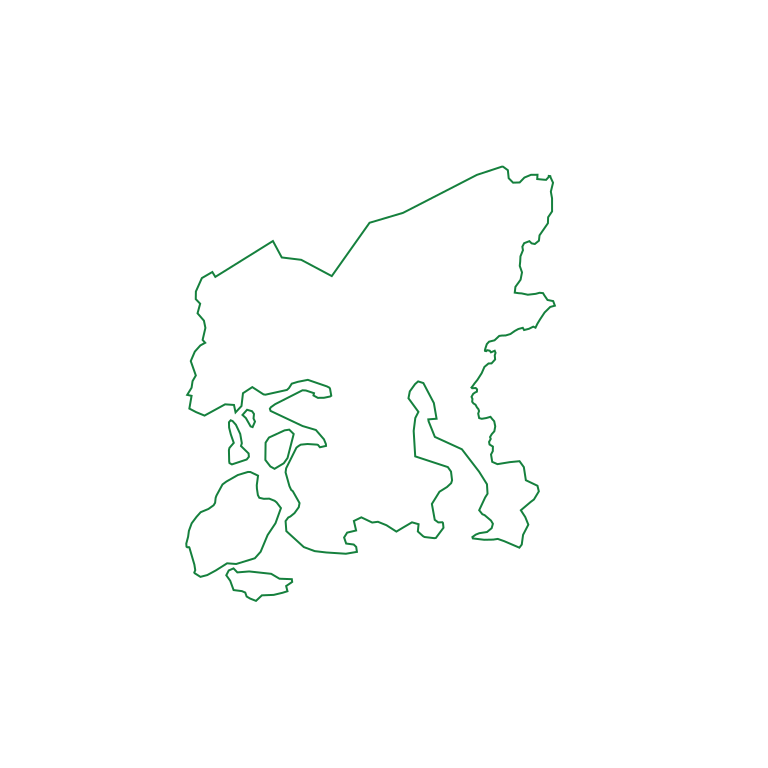 the district of Wrangell, Alaska, United States of America, rotated 309°
{"feature_id": "52423323B13000193718373", "entity_name": "Wrangell", "entity_type": "district", "adm_level": 2, "iso_a3": "USA", "parent_name": "United States of America", "parent_adm1": "Alaska", "projection": "robinson", "projection_center": [-132.186, 56.269], "detail": "fine", "context": "isolated", "style": "outline", "palette": "green", "viewbox_px": 768, "rotation_deg": 309, "n_neighbors": 0, "source": "geoboundaries", "source_scale": "gbopen_adm2", "svg_char_len": 4863}
<svg xmlns="http://www.w3.org/2000/svg" viewBox="0 0 768 768"><g transform="rotate(309 384 384)"><path d="M251.7,237.9L253.7,241.9L242.4,248.2L243.9,255.7L246.5,264.4L268.2,273.3L273.3,280.6L268.5,286.5L277.2,287.1L288.1,280.2L298.7,283.6L300.1,296.9L301.1,298.6L318.3,312.3L321.0,312.7L326.2,312.1L331.5,315.7L339.3,322.2L346.2,341.1L346.8,343.9L346.3,345.1L341.7,350.4L340.4,350.0L335.6,346.1L331.6,341.3L330.7,336.4L332.8,335.4L329.8,327.4L327.8,324.6L299.8,312.1L294.7,310.7L292.9,310.9L291.7,312.8L300.1,347.2L305.4,360.0L303.2,372.2L300.7,376.7L299.4,377.9L294.5,374.0L295.1,371.1L294.8,370.2L289.2,362.3L284.5,357.5L282.0,356.6L279.4,356.0L256.9,361.0L253.4,363.1L245.1,374.8L243.3,378.5L243.3,380.6L238.3,393.3L234.6,395.3L227.3,395.7L222.1,394.6L220.0,393.6L215.5,393.8L208.2,400.7L206.8,424.3L210.5,435.3L216.7,445.1L228.1,461.2L236.5,468.6L239.9,464.9L240.2,461.5L236.2,455.0L239.6,449.6L245.3,448.9L252.6,454.5L258.6,446.8L266.1,450.3L268.9,462.0L273.1,466.0L275.8,474.8L277.1,486.5L284.8,489.3L294.1,492.8L296.8,499.1L290.7,503.1L290.3,510.1L290.6,511.8L295.9,520.2L297.0,521.2L309.7,520.7L313.1,517.3L313.3,516.4L310.6,513.3L310.4,508.9L320.9,496.7L335.2,494.9L343.6,497.8L349.2,498.6L352.0,497.5L358.1,491.2L359.6,485.9L347.4,453.8L366.2,436.6L377.3,429.7L384.0,428.3L388.3,412.0L394.5,408.7L403.5,408.2L407.5,408.9L409.5,414.0L400.6,434.7L390.1,446.7L384.4,440.7L383.1,442.1L374.9,456.8L382.3,485.6L375.7,513.1L370.9,527.1L363.9,533.5L359.5,534.0L345.8,537.4L344.7,542.4L345.4,544.7L345.2,553.1L343.9,556.6L339.7,558.4L333.8,557.2L328.1,552.0L324.7,550.1L320.7,549.0L319.9,550.2L326.0,559.9L331.8,566.8L335.2,569.9L337.5,576.3L342.0,592.2L345.9,592.1L354.3,587.0L365.5,584.7L369.5,577.5L372.0,569.8L384.6,572.2L388.6,573.2L398.0,571.9L401.5,567.3L398.5,554.8L407.4,545.0L409.3,537.9L402.5,531.0L393.1,522.6L391.6,517.1L396.6,511.5L400.3,510.8L403.9,508.0L403.4,504.1L405.1,502.1L408.5,501.5L409.5,499.8L412.9,499.3L416.7,499.5L421.1,497.1L424.4,493.1L424.9,490.0L425.5,487.4L421.9,484.9L418.5,481.9L417.4,479.4L420.3,475.8L422.8,474.9L423.9,473.1L424.3,471.0L425.5,468.1L425.2,465.7L425.7,463.7L428.1,462.1L429.1,460.1L432.5,459.5L434.9,460.2L436.5,461.0L438.4,459.7L438.6,457.8L436.2,455.2L436.3,454.2L438.5,454.2L441.2,454.0L445.9,454.0L453.9,453.1L460.5,451.3L465.7,452.3L467.7,454.6L473.0,454.9L476.0,452.0L478.4,451.1L479.5,449.1L475.9,447.2L476.4,445.2L475.2,442.9L473.9,442.8L473.3,441.8L473.7,441.2L475.7,440.3L479.7,438.8L483.0,439.0L487.5,442.4L493.9,443.3L495.8,445.1L498.3,448.0L502.4,450.8L507.4,452.2L511.3,453.8L515.0,456.5L514.1,458.9L518.1,461.9L522.5,463.9L523.1,466.3L527.3,465.3L532.4,464.6L540.7,463.8L548.5,464.7L552.4,467.5L554.9,463.3L552.2,458.2L553.8,452.8L554.7,450.4L552.8,447.5L549.6,445.2L543.9,439.6L541.0,433.9L539.3,431.5L537.3,428.1L542.2,425.0L551.0,424.5L557.6,421.0L561.2,415.2L564.7,412.9L569.1,409.7L575.4,407.8L577.8,405.1L581.6,404.3L586.5,407.1L586.2,410.2L587.7,413.1L592.9,414.2L597.4,411.3L612.1,410.2L616.9,406.6L623.9,406.0L634.0,397.8L638.5,392.6L646.8,388.7L649.3,383.6L650.2,382.4L649.4,381.1L648.4,381.7L644.7,381.5L643.6,380.0L639.7,374.1L643.2,371.6L639.1,366.6L632.8,363.2L626.0,362.6L621.7,357.6L622.4,351.4L628.1,345.7L627.8,339.8L627.2,338.9L605.0,324.6L529.0,291.1L500.2,271.3L435.0,275.5L428.4,241.5L418.0,224.9L425.2,207.7L361.1,185.5L363.0,180.1L351.7,175.8L337.5,179.6L331.5,184.3L330.7,190.6L321.6,194.6L319.9,204.2L315.2,209.9L304.1,215.3L303.5,219.1L298.4,217.0L290.1,216.6L280.2,219.4L272.2,232.4L265.8,233.4L260.0,236.8L251.7,237.9ZM118.1,355.2L117.8,355.9L118.6,362.7L124.3,366.9L133.2,370.6L145.9,374.9L151.1,382.4L167.3,393.3L176.0,393.7L193.4,388.6L207.5,387.3L222.7,382.0L224.4,375.1L224.4,372.5L222.7,367.0L219.1,362.8L217.1,358.7L218.3,355.9L222.8,351.0L225.3,348.8L233.5,343.8L231.5,335.5L230.0,333.6L221.3,327.7L209.0,322.9L204.3,321.7L191.9,324.0L189.6,324.8L185.4,327.5L182.5,327.9L176.4,326.2L169.0,322.2L162.8,321.9L154.7,322.2L147.1,324.8L142.0,327.9L135.5,330.8L133.3,332.9L133.3,333.9L134.5,335.1L134.4,335.7L124.3,350.3L120.5,354.5L118.1,355.2ZM129.2,396.8L133.6,403.9L134.6,407.4L132.4,411.0L133.0,415.0L134.9,421.0L142.9,422.1L150.7,431.0L158.0,436.6L162.2,439.4L165.4,435.1L172.4,437.2L174.3,435.2L166.9,425.3L165.5,415.8L157.5,403.4L153.5,397.2L145.3,388.6L146.0,383.1L141.4,380.7L136.1,381.8L134.3,388.3L129.2,396.8ZM248.4,347.6L249.2,352.3L259.3,356.0L265.8,355.6L288.3,345.3L288.9,339.1L285.4,335.9L270.0,328.3L263.9,328.9L250.3,339.6L248.4,347.6ZM225.3,313.7L225.8,316.4L238.9,324.8L242.4,324.8L244.8,322.5L245.8,311.9L248.5,310.8L254.7,303.7L259.1,294.6L259.9,289.7L259.3,287.7L256.7,287.6L252.6,291.1L248.4,296.7L243.7,304.3L237.1,304.1L235.0,305.1L226.3,312.5L225.3,313.7ZM267.1,307.0L267.8,309.0L273.6,307.4L275.1,304.3L278.9,301.8L279.8,298.6L277.8,293.8L270.9,293.5L270.6,298.1L267.1,307.0Z" fill="none" stroke="#15803d" stroke-width="2"/></g></svg>